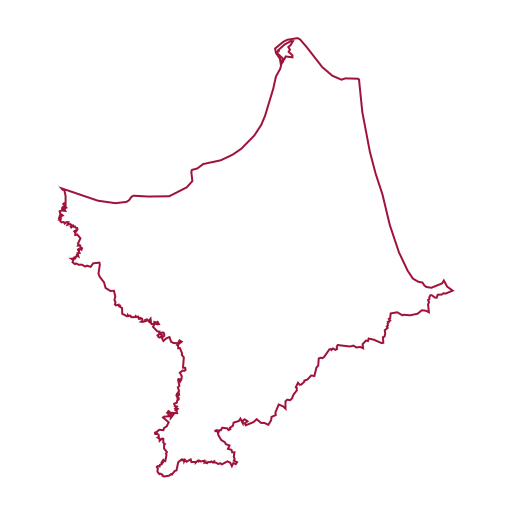 Necoclí, Antioquia, Colombia (Albers equal-area conic projection), rotated 87°
{"feature_id": "7082276B32018425198797", "entity_name": "Necoclí", "entity_type": "district", "adm_level": 2, "iso_a3": "COL", "parent_name": "Colombia", "parent_adm1": "Antioquia", "projection": "albers", "projection_center": [-76.605, 8.491], "detail": "fine", "context": "isolated", "style": "outline", "palette": "rose", "viewbox_px": 512, "rotation_deg": 87, "n_neighbors": 0, "source": "geoboundaries", "source_scale": "gbopen_adm2", "svg_char_len": 6097}
<svg xmlns="http://www.w3.org/2000/svg" viewBox="0 0 512 512"><g transform="rotate(87 256 256)"><path d="M300.9,61.4L296.6,66.7L290.3,69.7L293.1,71.6L296.9,82.5L295.9,87.4L294.4,89.3L291.2,91.2L290.2,95.3L286.8,100.5L278.7,105.3L259.7,113.1L231.9,120.8L201.1,126.5L180.1,132.2L158.1,136.8L117.8,142.3L85.2,143.9L84.3,144.9L83.3,157.5L84.4,161.4L80.0,170.3L70.9,179.9L49.7,194.7L42.1,200.6L40.6,203.1L41.7,213.4L43.5,217.5L49.8,226.1L54.6,225.3L60.1,221.8L66.6,221.1L65.6,221.0L62.7,218.9L62.7,219.7L59.9,219.1L53.7,225.1L53.2,223.5L52.0,223.2L52.4,222.5L50.7,221.9L46.3,216.4L43.4,210.2L43.4,207.9L47.1,210.3L49.0,212.8L51.7,211.3L53.8,212.7L57.6,209.1L59.5,209.2L58.3,215.9L61.0,217.4L61.3,218.7L63.3,218.8L65.5,220.6L70.3,222.0L77.8,226.7L89.8,230.0L116.4,239.6L125.5,244.0L135.6,251.4L148.3,265.3L153.6,274.1L158.6,286.3L161.4,303.9L165.5,310.0L166.7,315.5L168.8,316.2L177.8,315.6L183.8,321.6L191.8,339.5L191.0,360.4L189.4,375.0L190.3,377.2L193.7,379.9L195.2,382.6L195.9,393.6L192.5,411.0L178.2,446.8L179.7,445.7L180.1,444.0L186.0,443.0L195.0,443.5L193.4,444.9L193.9,445.7L197.8,442.9L198.4,444.5L196.8,446.2L197.9,447.1L198.8,447.1L199.7,444.5L201.0,444.0L200.4,448.0L201.1,449.8L203.6,449.1L205.4,446.9L206.2,448.4L205.1,449.6L207.7,450.6L207.4,449.0L208.4,448.9L209.6,450.4L209.9,449.3L211.3,449.5L212.2,448.5L212.0,446.3L213.6,445.3L212.3,443.8L212.4,441.6L215.0,442.7L214.2,440.3L215.3,438.6L216.5,438.1L216.8,439.5L217.8,439.0L216.1,437.0L217.2,436.5L217.0,435.4L218.1,434.9L218.8,433.1L220.1,432.9L222.0,434.3L221.1,434.8L221.8,436.2L223.1,435.3L225.6,435.4L225.2,433.4L229.1,430.4L234.4,433.2L235.1,432.5L236.3,433.2L236.3,431.0L237.7,431.0L239.2,429.3L240.5,429.9L239.0,431.1L240.7,432.0L239.8,433.0L240.3,433.5L243.7,432.0L243.9,434.1L247.1,433.4L246.0,435.0L247.1,435.2L247.8,437.1L248.3,436.3L249.2,436.8L249.1,440.5L250.5,438.7L252.7,439.5L254.6,437.3L254.0,436.0L255.5,433.5L255.5,430.5L257.6,427.1L256.8,425.3L258.2,421.7L254.8,419.0L254.4,412.8L256.4,412.4L265.1,414.2L268.3,413.3L274.5,409.1L280.0,407.9L283.3,403.2L283.3,399.7L289.2,398.6L292.6,399.7L294.8,398.7L296.9,399.4L298.0,398.4L297.4,395.7L298.5,395.5L298.5,394.5L299.4,394.8L300.9,392.5L306.7,392.6L309.4,388.0L309.4,386.9L308.4,386.9L309.2,386.2L309.0,384.5L310.6,383.7L310.7,379.7L309.7,379.3L310.7,378.2L310.3,377.0L312.7,376.2L312.6,374.9L311.8,374.7L312.7,373.0L314.7,372.8L315.6,374.2L315.9,372.9L315.3,369.6L314.2,370.1L313.5,368.2L315.5,366.7L313.1,364.6L316.2,364.4L316.3,365.7L318.6,363.7L318.2,361.2L316.5,361.0L317.2,358.8L316.6,357.7L319.0,356.5L319.1,358.4L317.9,360.3L321.3,362.6L326.0,358.6L326.5,356.3L329.4,357.0L330.1,358.5L331.9,357.5L332.4,356.4L331.0,354.3L329.9,354.1L329.2,355.4L328.0,355.2L327.4,352.9L328.5,351.8L330.9,351.8L332.7,354.3L336.0,352.9L333.6,350.0L332.4,346.7L337.3,345.2L338.5,343.1L339.1,338.6L336.3,336.8L337.7,334.7L340.8,339.3L341.3,338.5L344.1,338.5L344.0,336.8L349.5,334.9L350.8,335.3L353.4,333.4L363.7,334.7L364.0,332.6L366.1,332.3L367.0,333.7L366.5,335.2L368.6,338.2L372.0,336.4L375.1,336.9L377.1,338.1L375.0,338.8L374.8,339.8L375.7,340.3L381.6,339.3L383.1,340.9L386.7,339.9L388.4,341.1L389.0,340.1L390.2,340.1L389.6,342.2L391.1,342.8L392.0,342.4L391.0,341.5L391.3,340.8L392.2,341.8L393.9,341.8L393.8,340.7L395.2,340.7L396.1,342.2L398.4,342.8L399.2,345.4L401.5,345.0L402.2,342.8L403.9,344.5L404.6,342.2L405.7,343.0L405.4,345.3L406.3,343.6L408.8,343.0L408.2,348.4L409.8,346.6L413.3,349.6L408.8,349.3L408.0,351.0L406.8,350.7L406.3,351.5L407.7,352.7L407.9,351.3L409.0,352.1L411.5,350.7L411.6,356.2L412.4,357.3L417.5,351.9L421.4,354.1L423.0,356.8L425.1,357.6L424.5,361.8L426.6,364.5L427.7,364.4L426.8,365.6L427.3,366.2L428.5,365.9L428.5,363.7L429.5,362.6L431.4,362.5L432.2,363.7L433.3,361.9L435.5,361.9L433.4,359.4L433.7,358.1L437.4,358.4L439.1,356.8L439.9,357.7L443.4,357.9L447.2,355.2L448.8,356.3L449.8,355.8L456.0,357.3L455.4,358.4L457.1,359.7L455.5,359.8L457.4,361.2L459.1,361.2L459.5,362.8L461.1,363.3L460.6,364.9L461.5,366.1L463.0,365.2L466.2,365.7L468.7,364.0L468.3,363.1L469.5,360.9L470.6,360.9L471.4,359.5L470.8,354.2L469.3,352.1L469.9,351.4L466.5,348.5L465.9,346.6L458.0,344.5L455.2,340.9L455.6,339.0L456.2,339.8L456.3,338.7L457.2,338.6L456.2,338.1L456.9,337.8L456.3,337.2L457.8,336.1L455.7,331.9L458.4,331.3L458.5,327.1L459.3,327.1L457.5,325.1L458.2,324.1L457.2,323.6L458.3,321.7L457.7,318.3L459.6,318.4L458.9,317.1L459.9,317.1L460.4,315.7L459.2,314.6L459.5,312.5L458.8,311.4L459.6,310.4L459.0,308.9L460.0,309.3L460.0,307.4L461.7,304.6L461.1,302.4L462.3,301.0L459.6,295.4L461.0,292.6L464.6,291.1L461.6,289.5L462.8,287.1L460.9,285.7L459.2,288.9L457.4,287.9L455.4,288.7L450.9,287.8L450.8,290.1L448.3,290.6L447.1,294.1L443.8,292.4L442.4,295.9L440.3,296.9L438.0,300.3L432.9,303.0L429.0,303.6L428.8,305.7L428.3,305.7L427.8,304.2L429.4,302.3L428.1,301.8L428.2,300.2L425.7,298.7L426.7,293.6L428.4,292.6L427.6,290.7L426.1,291.0L424.3,287.9L421.2,287.1L419.9,281.8L417.6,280.1L422.3,278.0L419.5,277.6L418.5,275.9L420.6,273.1L422.6,276.1L424.5,275.0L421.7,267.1L419.0,263.9L422.9,259.8L423.2,256.3L425.2,252.5L420.8,249.5L417.5,248.9L415.9,244.6L413.3,244.8L405.5,241.1L407.6,236.8L410.0,234.5L402.8,234.2L401.1,232.4L401.8,229.4L399.9,227.4L396.5,225.9L392.4,222.3L389.8,222.2L389.1,223.1L384.8,220.7L386.9,219.1L386.8,217.6L384.0,214.3L382.9,214.2L382.1,211.2L378.2,207.1L378.9,204.0L370.6,201.5L368.7,199.6L361.6,198.7L361.0,196.8L361.5,195.2L360.4,193.3L353.0,187.5L352.9,186.1L353.8,185.6L352.4,184.0L353.9,181.6L353.1,179.9L351.2,180.2L349.2,179.1L351.3,167.0L350.6,163.4L352.6,160.5L352.3,156.7L353.7,153.9L349.7,154.2L346.2,150.6L346.8,148.6L344.3,147.8L345.8,142.6L349.6,135.0L349.3,133.4L343.7,133.5L343.2,131.9L340.3,131.0L336.9,131.3L334.7,128.3L333.2,129.1L332.4,127.9L330.4,128.1L329.2,127.0L328.6,127.6L327.5,125.4L325.8,126.6L325.1,125.3L320.4,124.5L319.6,117.9L322.9,112.9L322.4,111.6L323.3,105.2L322.1,97.7L318.9,93.2L319.5,89.3L321.2,86.3L313.3,86.7L311.1,85.6L309.0,86.5L307.9,85.0L306.3,85.1L304.4,84.0L304.3,82.6L306.9,79.5L307.1,77.7L304.2,76.6L304.2,72.4L303.0,70.7L303.5,68.8L300.9,61.4Z" fill="none" stroke="#9f1239" stroke-width="2"/></g></svg>